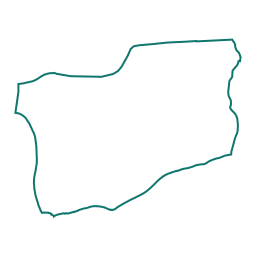 Ahwar, Abyan, Yemen (Equal Earth projection)
{"feature_id": "15242507B84026195338374", "entity_name": "Ahwar", "entity_type": "district", "adm_level": 2, "iso_a3": "YEM", "parent_name": "Yemen", "parent_adm1": "Abyan", "projection": "equal_earth", "projection_center": [46.668, 13.683], "detail": "fine", "context": "isolated", "style": "outline", "palette": "teal", "viewbox_px": 256, "rotation_deg": 0, "n_neighbors": 0, "source": "geoboundaries", "source_scale": "gbopen_adm2", "svg_char_len": 5591}
<svg xmlns="http://www.w3.org/2000/svg" viewBox="0 0 256 256"><path d="M41.8,212.8L42.2,212.8L43.1,212.6L44.0,212.5L44.5,212.7L44.8,212.6L47.8,212.7L48.3,212.7L48.7,213.0L49.2,213.1L50.0,213.2L50.6,213.4L51.1,213.6L51.4,213.9L51.4,214.2L51.3,214.6L51.7,214.7L52.2,214.9L52.6,215.2L52.9,215.4L53.3,215.5L53.9,216.0L54.1,216.1L54.1,216.3L54.5,216.0L54.8,215.8L55.3,215.5L56.2,215.1L56.9,214.9L57.5,214.6L58.1,214.5L58.9,214.3L59.5,214.2L60.6,213.9L61.7,213.7L62.9,213.4L63.4,213.4L63.6,213.5L63.9,213.4L64.1,213.4L64.2,213.6L64.4,213.7L64.5,213.6L65.3,213.4L66.6,213.2L66.7,213.3L66.7,213.5L66.9,213.6L67.3,213.5L68.9,213.3L69.5,213.0L70.4,212.7L70.6,212.8L70.9,212.7L71.6,212.6L72.0,212.4L72.6,212.3L72.9,212.2L73.3,211.9L73.7,211.8L74.1,211.9L74.3,211.9L74.5,212.0L74.7,211.7L75.2,211.5L75.8,211.3L76.0,211.3L76.5,211.2L76.8,211.0L77.3,210.9L77.9,210.6L78.3,210.3L78.6,210.3L78.8,210.1L80.5,209.5L81.9,209.1L82.5,208.9L83.2,208.6L83.6,208.6L84.8,208.3L85.3,208.2L86.0,208.2L87.0,207.9L88.7,207.4L89.2,207.2L89.6,207.1L90.1,206.8L90.3,206.8L90.5,206.7L90.8,206.6L91.2,206.6L91.9,206.5L92.9,206.3L93.2,206.2L93.5,206.2L93.8,206.2L94.7,206.1L94.9,206.2L95.1,206.2L95.6,206.1L95.9,206.1L96.0,206.2L96.7,206.2L97.8,206.3L99.0,206.3L99.7,206.5L100.8,206.6L102.7,207.0L103.9,207.3L104.2,207.4L104.5,207.4L104.7,207.6L105.1,207.7L105.4,207.8L106.2,208.2L106.7,208.4L107.2,208.6L108.4,209.1L109.2,209.5L110.2,209.7L110.5,209.7L110.5,209.9L111.0,209.9L111.6,209.9L111.7,210.0L111.9,210.0L112.1,209.9L112.2,210.0L113.7,209.6L114.4,209.3L114.6,209.2L114.7,209.3L115.0,209.1L115.5,208.8L115.6,208.7L115.9,208.5L116.8,207.7L119.1,206.2L120.5,205.4L120.8,205.3L121.3,204.9L122.0,204.5L122.7,204.1L123.0,203.9L123.3,203.7L123.5,203.7L124.0,203.3L124.3,203.2L124.9,202.9L125.8,202.4L126.8,201.8L127.7,201.4L128.9,200.7L129.7,200.3L131.8,199.2L132.6,198.9L133.7,198.3L135.1,197.7L136.1,197.1L136.6,196.9L136.8,196.7L137.1,196.6L138.9,195.8L140.9,194.7L142.1,194.1L142.9,193.6L143.2,193.5L145.8,191.8L147.7,190.3L150.4,188.0L153.8,184.8L156.6,181.9L159.5,179.2L159.9,178.8L160.4,178.5L160.9,178.1L162.3,176.9L162.4,177.0L163.4,176.2L164.0,175.9L164.2,175.7L164.5,175.6L165.1,175.1L165.4,175.1L165.8,174.8L167.1,174.2L168.4,173.6L168.5,173.6L169.5,173.2L170.8,172.8L171.6,172.5L171.8,172.3L172.4,172.3L173.2,171.9L174.1,171.7L174.7,171.4L175.2,171.3L175.9,171.1L176.3,170.9L176.6,171.0L176.8,171.0L177.1,170.8L177.8,170.8L178.4,170.7L178.6,170.6L179.0,170.3L179.7,170.1L179.9,169.9L180.4,169.8L180.9,169.6L181.5,169.4L182.2,169.2L182.7,169.1L183.9,168.7L184.7,168.6L186.8,168.3L187.3,168.2L188.9,167.8L190.6,167.3L193.1,166.5L195.7,165.4L196.0,165.4L196.9,164.9L197.3,164.9L198.5,164.8L198.8,164.8L199.3,164.6L202.8,164.2L203.0,164.3L204.1,164.1L204.7,163.9L205.4,163.7L206.2,163.3L206.6,163.0L207.2,162.5L207.6,162.2L208.0,162.0L209.3,161.2L210.6,160.6L211.6,160.2L212.5,159.8L213.2,159.5L213.6,159.4L213.8,159.4L214.7,159.1L215.3,158.9L215.9,158.7L217.5,158.2L218.2,158.2L219.2,157.9L220.5,157.5L221.9,156.8L222.5,156.7L223.0,156.4L223.5,156.2L224.1,156.0L224.8,155.7L225.6,155.5L226.1,155.4L226.6,155.3L227.0,155.2L227.6,155.1L228.8,154.9L229.4,154.8L231.2,154.5L231.3,151.8L233.4,144.3L234.4,140.4L234.6,139.6L235.0,138.5L235.8,136.0L236.9,133.8L237.6,131.1L237.7,129.3L237.8,127.5L237.9,126.2L237.9,124.4L237.6,121.7L237.3,118.8L236.7,116.9L236.0,115.4L235.3,114.1L233.8,112.4L230.9,109.4L230.3,108.0L230.1,107.4L230.9,104.8L231.0,102.7L230.7,99.9L229.9,98.5L228.9,96.4L228.4,94.7L228.3,92.7L228.3,91.2L228.9,86.0L229.4,81.3L229.7,80.4L230.4,79.5L231.2,78.4L232.2,76.9L232.2,75.8L232.3,74.6L232.6,70.6L237.5,64.7L238.6,61.1L240.0,61.2L240.2,59.9L240.6,57.1L239.0,52.8L236.6,50.4L235.4,47.6L235.0,44.4L234.2,42.5L233.0,41.0L232.2,39.6L196.6,41.4L196.5,41.0L183.6,41.8L174.6,42.2L166.8,42.6L154.7,43.9L138.8,45.3L133.7,46.3L130.7,49.0L127.7,55.8L121.4,67.0L117.9,71.1L113.4,73.8L112.6,74.1L101.5,76.8L70.7,76.2L56.6,73.8L54.3,72.9L54.2,73.0L53.5,73.1L52.9,73.1L52.3,73.1L51.5,73.1L50.9,73.1L50.2,73.3L49.5,73.3L48.7,73.4L48.0,73.6L47.2,73.8L46.6,74.0L46.0,74.2L45.4,74.4L44.7,74.6L44.0,74.9L43.5,75.2L42.9,75.4L42.4,75.7L41.7,76.1L41.1,76.5L40.5,76.9L40.0,77.2L39.6,77.5L39.4,77.6L38.9,78.0L38.3,78.3L37.8,78.7L37.2,79.0L36.6,79.4L36.0,79.7L35.5,80.0L34.8,80.3L34.3,80.5L33.7,80.8L33.1,81.1L32.5,81.2L31.9,81.4L31.2,81.6L30.7,81.7L30.0,81.8L29.2,82.0L28.7,82.2L28.0,82.3L27.3,82.4L26.8,82.5L26.2,82.7L25.6,82.8L25.0,82.9L24.4,83.1L23.8,83.3L23.2,83.4L22.6,83.4L22.0,83.5L21.3,83.6L20.6,83.7L20.0,83.8L19.4,83.9L18.8,84.0L18.4,84.0L18.4,92.0L15.4,112.8L15.5,112.8L16.2,112.9L16.9,113.1L17.5,113.2L18.1,113.3L18.7,113.4L19.2,113.6L19.8,113.8L20.4,114.1L21.0,114.4L21.5,114.8L22.1,115.1L22.6,115.4L23.2,115.9L23.7,116.3L24.3,116.7L24.7,117.1L25.2,117.5L25.7,118.1L26.2,118.7L26.5,119.3L26.9,120.0L27.3,120.6L27.7,121.2L28.1,121.8L28.6,122.4L29.0,123.0L29.3,123.7L29.7,124.2L30.0,124.9L30.3,125.6L30.6,126.3L30.9,127.0L31.3,127.7L31.6,128.4L31.9,129.2L32.3,129.9L32.6,130.6L32.8,131.3L33.9,133.1L35.1,137.0L36.3,146.1L36.8,157.4L36.8,162.8L35.7,169.9L35.7,170.2L34.6,175.2L34.0,179.4L33.9,183.4L34.0,184.2L34.1,185.0L34.2,185.9L34.2,186.7L34.3,187.5L34.4,188.4L34.4,189.2L34.5,190.0L34.7,190.8L34.9,191.6L35.0,192.4L35.2,193.2L35.3,193.9L35.3,194.0L35.4,194.7L35.6,195.5L35.8,196.3L36.0,197.0L36.2,197.8L36.5,198.5L36.7,199.3L36.9,200.0L37.4,201.5L37.7,202.1L37.9,203.0L38.0,203.8L38.1,204.0L38.4,205.0L38.7,205.7L38.9,206.2L39.0,206.5L39.3,207.2L39.6,207.9L39.9,208.6L40.1,209.3L40.3,209.6L40.4,209.9L40.7,210.7L41.1,211.3L41.4,211.9L41.6,212.4L41.8,212.8Z" fill="none" stroke="#0f766e" stroke-width="2"/></svg>